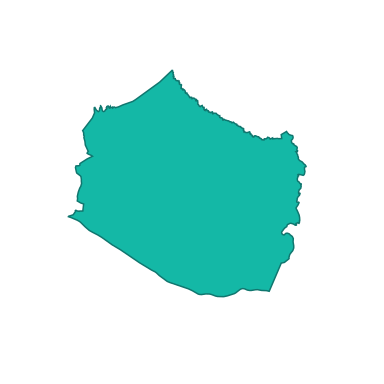 Blacktown, New South Wales, Australia, rotated 144°
{"feature_id": "25037944B57460012888659", "entity_name": "Blacktown", "entity_type": "district", "adm_level": 2, "iso_a3": "AUS", "parent_name": "Australia", "parent_adm1": "New South Wales", "projection": "orthographic", "projection_center": [150.83, -33.74], "detail": "fine", "context": "isolated", "style": "filled", "palette": "teal", "viewbox_px": 384, "rotation_deg": 144, "n_neighbors": 0, "source": "geoboundaries", "source_scale": "gbopen_adm2", "svg_char_len": 6036}
<svg xmlns="http://www.w3.org/2000/svg" viewBox="0 0 384 384"><g transform="rotate(144 192 192)"><path d="M136.8,302.1L153.6,299.9L183.0,299.9L186.7,300.1L196.7,303.1L201.5,304.1L204.4,305.2L204.7,306.2L205.1,306.5L205.9,306.7L206.8,306.5L206.9,307.2L206.6,307.5L208.9,308.2L208.2,308.7L208.0,309.0L209.0,308.6L209.6,309.1L209.1,309.8L209.0,310.5L209.5,311.0L210.7,311.2L211.8,309.7L212.0,310.1L212.3,309.6L212.7,309.3L213.6,309.4L214.6,308.9L215.5,308.8L216.2,309.0L216.7,309.7L216.7,310.2L216.3,311.6L215.5,312.9L215.2,315.3L215.3,315.5L215.5,315.3L215.8,314.7L216.3,314.2L216.6,314.0L216.9,314.3L217.4,314.1L219.1,312.2L220.3,312.0L220.6,312.2L221.1,313.9L221.3,314.8L221.1,315.4L221.3,315.6L221.4,315.9L221.2,316.0L221.0,316.6L220.9,317.5L221.4,317.7L221.9,317.2L222.1,316.4L222.5,316.4L224.3,313.3L229.2,310.4L244.4,305.9L244.4,305.4L244.9,303.5L246.2,301.7L246.3,300.6L247.5,299.5L248.9,295.8L250.7,292.7L252.1,285.7L253.2,285.6L254.1,285.0L253.6,283.6L251.9,280.7L251.5,279.4L257.5,280.4L265.9,280.9L267.1,279.5L268.0,279.7L270.5,281.3L271.9,280.3L273.8,276.1L274.1,275.0L272.8,270.7L272.8,270.1L272.9,269.5L274.1,267.2L275.1,265.9L276.3,263.8L278.6,262.0L280.6,261.1L284.0,258.8L287.3,255.9L288.5,253.8L290.1,252.2L288.4,248.4L286.7,246.0L291.5,240.8L294.5,242.9L294.6,242.7L295.6,243.5L296.7,245.5L297.4,245.4L297.3,244.9L301.5,243.4L306.1,244.9L306.5,244.7L304.7,242.1L301.4,236.6L300.3,234.2L299.9,232.7L298.9,226.5L297.7,221.3L296.1,217.8L293.5,212.7L291.7,208.4L287.6,196.1L283.9,187.5L276.0,165.5L270.6,152.6L268.8,149.1L268.3,147.5L267.6,143.7L264.6,134.2L263.0,131.6L251.9,115.9L249.7,111.9L247.0,105.8L246.2,104.8L244.7,103.5L240.7,101.4L237.6,99.0L236.4,97.5L234.1,94.0L232.7,92.4L227.9,88.7L224.5,87.2L217.5,84.9L215.9,84.7L210.3,84.9L209.0,84.6L207.8,84.1L206.5,82.9L204.9,80.2L203.3,78.5L202.1,77.6L198.1,75.6L196.4,74.5L193.6,71.5L189.7,68.4L187.9,66.3L161.6,82.0L158.6,80.7L152.7,81.0L151.9,82.2L149.6,84.0L147.0,84.8L145.0,85.3L142.6,86.9L141.3,88.7L139.5,92.3L137.4,94.8L137.0,97.1L137.8,99.8L137.9,100.9L138.9,102.5L140.1,103.3L140.7,103.4L142.6,103.1L143.0,103.3L143.5,104.1L143.7,105.0L143.7,105.8L143.2,106.6L142.7,107.1L140.9,107.5L140.2,107.9L138.5,108.2L138.1,108.4L135.7,108.3L134.6,109.2L133.8,109.5L131.5,109.1L130.8,108.9L130.3,108.5L128.7,106.4L128.0,104.5L127.3,103.9L126.8,104.0L126.8,105.1L126.5,105.4L126.0,105.4L125.3,105.0L124.3,105.0L124.1,104.8L124.0,103.8L123.9,103.7L122.5,104.6L122.1,105.6L121.5,105.7L119.9,108.2L118.9,110.3L118.2,113.3L117.7,115.7L117.6,116.9L117.4,117.6L116.9,118.1L114.1,119.1L111.7,120.4L111.6,120.7L111.9,121.3L113.0,122.0L113.0,122.5L112.6,123.2L111.6,123.7L111.0,124.7L110.5,125.0L109.1,125.8L107.0,126.2L105.5,127.2L105.4,127.4L105.6,127.8L106.5,127.6L106.7,127.8L105.8,129.4L103.9,130.8L102.4,130.9L101.6,131.2L101.1,131.8L100.2,132.6L99.9,133.9L99.7,134.0L99.6,133.6L99.0,134.1L98.9,134.5L99.1,134.8L99.7,135.6L99.5,137.1L100.1,138.5L99.7,139.9L98.8,141.1L97.9,141.6L97.4,142.3L96.2,142.4L96.0,142.9L96.3,143.7L96.0,143.8L95.5,143.7L94.5,142.8L92.2,140.1L91.3,140.1L90.3,140.6L88.5,142.3L87.9,143.8L86.6,145.7L86.1,145.9L85.1,145.5L84.6,145.7L84.5,147.5L84.9,148.6L85.2,151.6L86.4,154.1L86.5,155.1L86.5,156.4L85.7,157.3L85.3,158.4L85.4,158.8L84.7,159.9L84.6,161.5L84.0,162.5L84.3,163.5L83.3,163.3L82.9,162.9L82.5,163.1L82.3,163.4L82.6,164.0L82.5,164.4L80.9,165.9L80.7,166.3L80.6,167.5L81.2,168.4L82.0,171.6L81.7,171.6L82.3,172.6L82.3,173.5L81.4,175.2L80.9,175.5L79.6,175.7L78.4,176.4L77.5,177.9L77.6,178.7L78.5,179.6L79.8,181.6L79.8,182.8L80.1,183.7L79.9,185.4L86.1,186.0L88.0,182.5L90.7,184.3L91.3,185.1L95.5,187.6L95.0,188.4L97.6,188.9L97.5,189.2L97.7,190.5L97.8,190.9L98.4,191.4L98.6,191.8L99.4,191.5L100.9,191.5L102.1,192.5L102.4,192.5L103.0,191.8L103.8,192.3L104.9,193.5L104.6,194.1L105.0,195.2L105.7,195.9L105.4,196.5L105.7,197.0L105.7,197.6L106.4,198.1L107.5,200.1L108.7,200.8L109.0,200.7L109.3,200.2L109.7,200.2L110.4,200.9L110.5,201.6L110.0,202.5L110.8,204.4L110.2,204.7L110.6,205.5L110.0,206.3L110.0,206.8L112.4,207.6L113.6,208.6L113.7,209.2L114.7,209.8L114.6,210.2L114.0,210.6L114.2,211.0L114.1,212.1L113.1,212.5L113.2,213.2L113.3,213.6L113.9,214.1L114.1,215.2L114.5,215.8L114.3,216.4L115.0,216.8L115.1,217.3L115.7,217.7L115.9,218.0L115.8,219.2L116.5,219.7L116.0,220.6L116.9,221.7L117.3,223.0L117.4,224.1L117.7,224.3L118.8,224.4L119.1,224.6L119.1,225.5L119.3,226.0L120.2,226.7L120.3,227.5L120.6,228.1L121.2,228.6L122.1,229.9L122.6,230.2L123.2,231.8L123.7,232.0L124.3,231.8L124.7,232.0L124.7,232.5L124.1,232.8L124.0,233.2L124.3,234.5L125.3,235.3L125.7,236.0L125.6,236.3L125.2,236.4L125.1,236.9L124.7,237.5L125.4,237.9L125.7,238.9L125.8,239.5L126.2,240.1L126.2,241.4L128.3,243.2L129.0,242.9L129.3,243.1L129.3,243.5L128.8,244.0L128.4,244.8L129.4,245.2L130.2,245.2L130.6,245.6L130.6,246.2L131.4,246.8L131.5,247.1L131.1,247.6L131.0,248.1L131.2,248.4L131.9,248.8L131.6,250.4L132.8,250.7L133.5,250.2L133.7,250.6L133.8,251.4L133.7,251.8L133.2,252.3L133.2,252.8L132.7,253.0L132.5,253.4L132.7,253.6L133.2,253.6L133.3,254.0L133.3,254.8L132.9,256.0L134.2,256.4L135.2,256.2L135.6,257.1L135.4,259.0L135.7,259.6L134.3,261.5L134.4,262.0L133.8,262.5L134.1,263.2L135.0,263.4L135.2,263.6L134.1,264.2L134.1,264.4L134.8,264.9L134.9,266.1L135.4,267.0L137.1,267.5L136.6,268.5L136.6,268.8L137.3,268.9L137.6,269.6L138.2,269.6L138.4,269.8L138.1,270.8L138.1,273.5L138.4,273.9L137.9,275.0L138.1,275.3L139.0,275.6L139.1,276.0L138.9,276.6L138.5,276.9L138.1,278.3L138.3,279.4L139.4,279.9L139.4,280.2L138.8,280.6L139.3,281.0L139.3,281.7L139.8,282.0L139.9,282.4L139.7,282.7L139.2,283.0L138.5,284.0L137.6,284.7L137.6,285.3L137.8,285.6L138.4,285.8L138.7,286.9L137.7,287.8L137.9,288.6L137.3,289.2L137.8,289.4L137.8,290.3L138.4,290.5L138.6,290.9L139.1,291.2L139.3,291.5L139.2,292.4L139.4,292.9L138.9,293.6L139.6,294.7L140.1,294.8L139.5,295.7L138.8,296.0L138.9,296.3L139.2,296.6L139.0,296.8L138.1,297.3L138.2,297.7L137.9,298.3L137.9,298.9L136.9,299.6L136.9,300.0L137.2,300.7L136.6,301.1L136.4,301.6L136.8,301.7L136.8,302.1Z" fill="#14b8a6" stroke="#0f766e" stroke-width="1.5"/></g></svg>